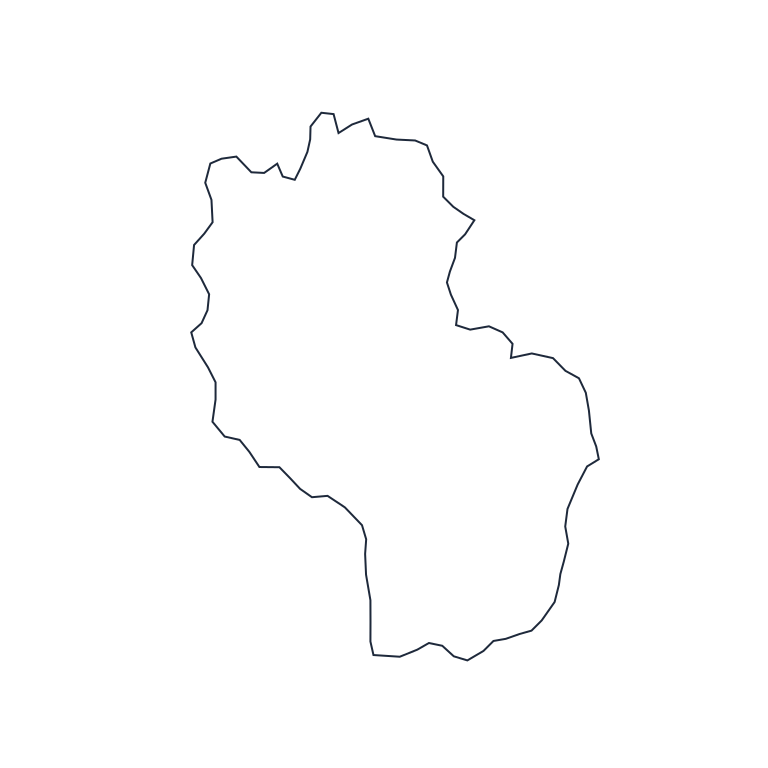 Braço do Trombudo, Santa Catarina, Brazil, rotated 135°
{"feature_id": "56859067B6588865534852", "entity_name": "Braço do Trombudo", "entity_type": "district", "adm_level": 2, "iso_a3": "BRA", "parent_name": "Brazil", "parent_adm1": "Santa Catarina", "projection": "robinson", "projection_center": [-49.906, -27.37], "detail": "fine", "context": "isolated", "style": "outline", "palette": "slate", "viewbox_px": 768, "rotation_deg": 135, "n_neighbors": 0, "source": "geoboundaries", "source_scale": "gbopen_adm2", "svg_char_len": 1426}
<svg xmlns="http://www.w3.org/2000/svg" viewBox="0 0 768 768"><g transform="rotate(135 384 384)"><path d="M530.8,413.4L516.8,399.1L517.0,383.5L517.5,369.2L515.0,354.9L503.0,344.8L498.9,324.4L499.4,299.7L506.4,286.8L517.5,277.2L531.5,261.9L546.5,240.7L562.1,225.0L575.7,211.5L583.1,199.8L565.7,180.0L548.3,172.6L535.4,169.1L527.9,157.7L527.2,142.1L520.5,129.6L502.4,124.9L488.3,124.9L478.1,117.7L464.8,111.3L454.1,105.3L439.7,105.3L417.5,109.2L402.5,118.2L393.7,124.9L382.6,131.2L366.6,140.8L356.6,155.1L342.6,165.9L318.1,176.0L298.7,182.1L285.3,178.9L278.1,189.8L272.4,202.5L257.9,220.3L247.5,235.1L242.1,250.2L246.4,265.0L246.2,282.8L257.9,301.1L275.8,312.7L264.7,321.5L263.6,336.6L269.0,350.6L284.6,361.5L291.4,374.7L279.4,384.0L273.5,399.9L267.7,411.3L257.9,416.9L244.6,423.0L232.4,432.5L220.8,432.5L204.3,435.9L207.5,448.1L209.7,460.3L209.7,474.6L195.3,488.9L192.3,506.7L184.9,522.3L189.8,534.2L202.3,548.0L215.0,565.5L207.5,582.7L223.1,590.1L238.7,593.6L228.8,610.5L236.5,620.1L253.9,618.0L263.2,609.2L274.0,602.3L291.0,595.4L302.7,591.5L308.9,602.3L303.7,615.3L319.5,618.0L328.1,627.5L327.6,649.2L339.6,658.2L350.9,662.7L368.1,652.7L375.8,636.2L390.8,619.6L404.8,617.4L420.0,616.6L435.6,603.7L438.5,588.3L444.2,571.1L456.6,561.0L470.0,556.0L483.8,556.8L491.5,543.2L496.7,520.2L501.9,504.3L514.1,492.1L532.0,478.6L533.8,459.5L525.6,446.5L527.2,431.2L530.8,413.4Z" fill="none" stroke="#1e293b" stroke-width="2"/></g></svg>